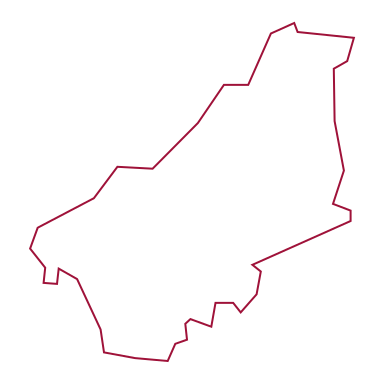 Rumbek East, Lakes, South Sudan
{"feature_id": "79223893B32400871313636", "entity_name": "Rumbek East", "entity_type": "district", "adm_level": 2, "iso_a3": "SSD", "parent_name": "South Sudan", "parent_adm1": "Lakes", "projection": "robinson", "projection_center": [30.005, 6.745], "detail": "fine", "context": "isolated", "style": "outline", "palette": "rose", "viewbox_px": 384, "rotation_deg": 0, "n_neighbors": 0, "source": "geoboundaries", "source_scale": "gbopen_adm2", "svg_char_len": 591}
<svg xmlns="http://www.w3.org/2000/svg" viewBox="0 0 384 384"><path d="M350.6,221.0L350.6,210.6L333.0,203.9L343.9,170.6L334.6,121.1L333.8,68.7L347.2,61.1L353.9,37.8L297.6,32.0L294.2,23.0L270.9,33.5L248.2,84.9L223.9,84.9L197.9,123.0L152.6,168.7L117.4,166.8L93.9,198.2L37.7,227.7L30.1,248.6L45.2,267.7L43.6,282.9L57.0,283.9L58.7,268.6L77.1,279.1L100.6,329.5L104.0,352.4L135.0,358.1L167.7,361.0L175.3,343.8L187.0,339.7L185.3,323.8L190.4,319.1L211.3,326.7L215.5,302.9L233.2,302.9L240.7,312.4L256.6,294.3L260.8,271.5L252.4,264.8L350.6,221.0Z" fill="none" stroke="#9f1239" stroke-width="2"/></svg>